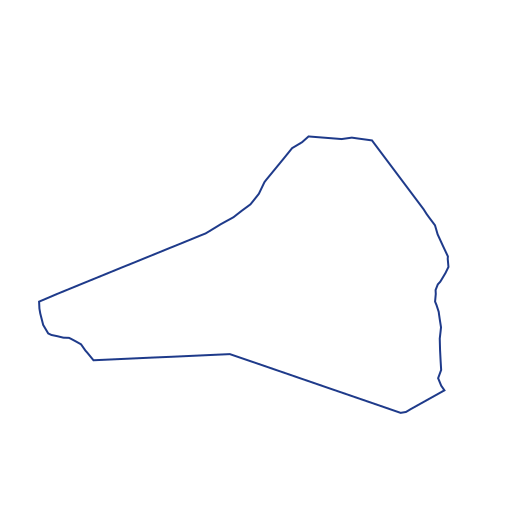 outline of Damanhur, Al Buhayrah, Egypt, rotated 279°
{"feature_id": "37247803B7643312094608", "entity_name": "Damanhur", "entity_type": "district", "adm_level": 2, "iso_a3": "EGY", "parent_name": "Egypt", "parent_adm1": "Al Buhayrah", "projection": "orthographic", "projection_center": [30.461, 31.05], "detail": "fine", "context": "isolated", "style": "outline", "palette": "blue", "viewbox_px": 512, "rotation_deg": 279, "n_neighbors": 0, "source": "geoboundaries", "source_scale": "gbopen_adm2", "svg_char_len": 1149}
<svg xmlns="http://www.w3.org/2000/svg" viewBox="0 0 512 512"><g transform="rotate(279 256 256)"><path d="M305.8,432.0L314.3,428.0L320.7,421.4L324.2,417.9L328.4,414.2L386.5,354.3L388.3,352.5L388.2,347.4L388.0,338.5L387.9,332.1L384.9,322.3L382.3,289.2L375.6,283.7L368.2,274.8L357.1,268.4L332.7,254.1L330.3,252.8L317.9,249.1L309.9,244.6L306.1,242.4L298.2,234.6L290.8,227.7L288.9,225.3L286.0,221.5L281.8,216.1L279.2,213.1L270.4,202.7L267.5,197.8L252.1,172.4L250.7,170.0L235.8,145.4L229.2,134.5L223.7,125.3L187.3,65.3L177.0,48.9L170.2,50.3L165.5,51.9L154.6,56.6L147.0,62.9L146.0,66.3L145.7,72.5L145.2,78.5L145.9,84.1L145.2,86.4L143.5,91.3L141.4,97.0L135.9,102.3L134.2,104.4L127.6,111.8L139.5,169.7L143.3,188.6L155.0,245.5L150.8,269.6L123.7,423.4L125.4,428.5L127.3,430.8L129.0,432.8L152.8,463.1L154.7,461.3L156.9,459.2L163.8,455.0L172.4,456.7L181.5,454.7L191.9,452.5L203.2,450.4L210.4,450.1L214.5,449.9L222.2,447.4L227.0,445.9L229.4,445.2L235.7,442.0L239.0,440.0L246.6,439.5L250.5,438.7L256.4,440.0L259.4,442.0L262.3,443.2L268.8,445.8L275.3,447.8L283.2,445.8L285.6,445.6L295.3,439.0L305.8,432.0Z" fill="none" stroke="#1e3a8a" stroke-width="2"/></g></svg>